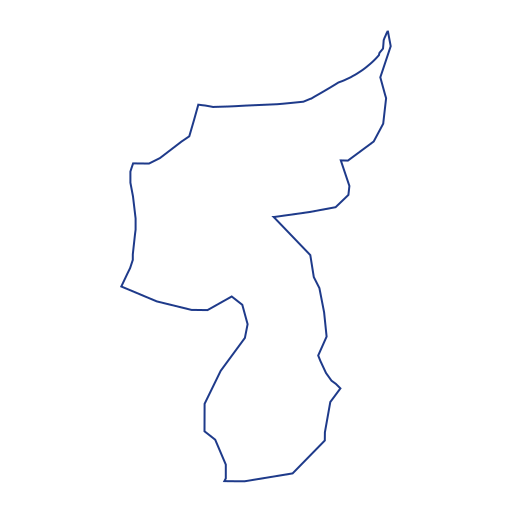 El Mansora 1, Ad Daqahliyah, Egypt (Robinson projection)
{"feature_id": "37247803B85247487045844", "entity_name": "El Mansora 1", "entity_type": "district", "adm_level": 2, "iso_a3": "EGY", "parent_name": "Egypt", "parent_adm1": "Ad Daqahliyah", "projection": "robinson", "projection_center": [31.384, 31.029], "detail": "fine", "context": "isolated", "style": "outline", "palette": "blue", "viewbox_px": 512, "rotation_deg": 0, "n_neighbors": 0, "source": "geoboundaries", "source_scale": "gbopen_adm2", "svg_char_len": 1731}
<svg xmlns="http://www.w3.org/2000/svg" viewBox="0 0 512 512"><path d="M387.8,30.7L387.8,30.8L387.7,31.1L386.5,33.4L385.5,35.8L384.4,38.2L384.1,39.1L383.7,40.1L383.4,44.2L383.0,48.6L379.6,52.7L379.5,52.9L379.4,53.1L378.9,55.2L378.8,55.3L378.6,55.5L377.0,57.3L375.4,59.0L373.7,60.7L372.0,62.3L370.2,63.9L368.4,65.4L366.6,66.9L364.7,68.4L362.8,69.8L360.9,71.1L358.9,72.4L356.9,73.7L354.9,74.9L352.8,76.0L350.8,77.2L348.7,78.2L346.5,79.2L344.4,80.2L342.2,81.1L340.0,81.9L339.2,82.2L338.4,82.5L335.2,84.5L328.4,88.6L328.2,88.7L321.4,92.7L314.4,96.7L311.1,98.7L310.7,98.7L310.4,98.8L303.4,101.7L290.5,103.0L287.3,103.3L283.2,103.7L277.5,104.2L245.6,105.6L242.0,105.8L235.1,106.2L228.3,106.5L221.4,106.7L214.5,106.9L213.2,107.0L210.7,106.5L207.9,106.0L205.1,105.5L202.2,105.2L199.4,104.8L198.7,104.8L198.3,104.7L194.0,120.1L189.3,136.2L188.9,136.6L188.4,136.9L181.3,141.7L181.2,141.8L159.9,158.1L149.1,163.5L143.8,163.5L133.1,163.4L131.5,168.1L130.4,171.6L130.4,182.7L133.0,196.5L135.6,218.5L135.6,229.6L135.0,234.4L132.8,254.4L132.8,259.9L130.1,268.1L127.4,273.6L121.3,286.5L156.8,301.4L191.5,309.9L207.5,310.1L231.7,296.5L242.3,304.8L247.6,324.2L244.9,337.9L220.7,370.8L204.6,403.8L204.5,431.3L215.2,439.7L225.8,464.6L225.8,470.1L225.8,478.4L224.4,481.1L228.4,481.2L244.5,481.3L292.6,473.4L311.4,454.2L324.8,440.5L324.9,432.3L330.3,402.0L340.4,388.4L335.9,383.9L331.5,380.7L326.0,373.0L320.4,361.0L318.2,355.5L326.6,336.6L324.1,312.3L319.4,288.1L313.8,277.1L310.3,255.1L273.7,217.0L273.8,217.0L274.0,217.0L302.6,213.0L309.6,212.0L335.6,207.2L348.4,194.9L349.4,186.0L340.8,160.4L347.9,160.6L373.7,141.5L383.2,123.7L386.1,98.2L385.1,94.8L380.3,77.3L382.5,70.8L390.7,46.2L387.8,30.7Z" fill="none" stroke="#1e3a8a" stroke-width="2"/></svg>